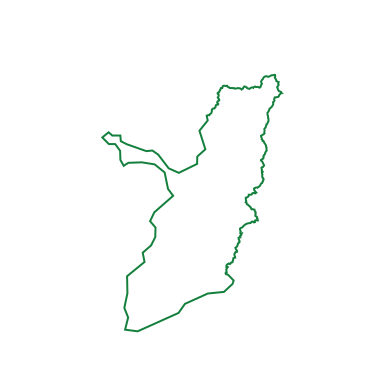 Chatkal, Jalal-Abad, Kyrgyzstan (Equal Earth projection), rotated 142°
{"feature_id": "92254566B64502136331534", "entity_name": "Chatkal", "entity_type": "district", "adm_level": 2, "iso_a3": "KGZ", "parent_name": "Kyrgyzstan", "parent_adm1": "Jalal-Abad", "projection": "equal_earth", "projection_center": [70.686, 41.73], "detail": "fine", "context": "isolated", "style": "outline", "palette": "green", "viewbox_px": 384, "rotation_deg": 142, "n_neighbors": 0, "source": "geoboundaries", "source_scale": "gbopen_adm2", "svg_char_len": 5995}
<svg xmlns="http://www.w3.org/2000/svg" viewBox="0 0 384 384"><g transform="rotate(142 192 192)"><path d="M243.0,194.8L242.6,186.5L248.7,179.1L257.1,175.1L268.2,174.5L272.5,166.1L295.0,165.6L305.3,151.9L316.7,142.3L319.6,132.4L329.5,124.7L320.6,115.7L277.1,105.0L266.4,108.2L242.1,102.3L228.3,93.6L216.6,94.6L213.7,96.6L214.5,104.4L214.9,105.4L215.1,105.7L215.8,106.2L215.7,107.1L215.0,107.7L214.0,107.5L213.7,108.3L212.9,109.3L212.6,110.0L211.9,110.1L211.2,110.5L210.0,110.8L210.3,111.4L211.0,111.8L210.4,112.6L209.7,113.1L208.6,113.3L207.6,113.0L207.0,113.0L206.8,112.5L206.4,111.8L205.3,112.0L205.1,112.2L204.6,112.2L203.9,112.1L203.4,111.7L203.2,111.8L202.8,112.3L201.8,112.7L201.6,113.1L200.1,114.4L199.5,114.2L198.4,113.7L197.8,114.8L197.6,115.7L197.0,116.7L196.7,117.1L195.4,117.4L195.2,117.5L195.1,117.8L194.8,117.8L194.3,117.8L193.4,117.2L192.8,117.8L192.6,118.2L192.7,119.5L192.2,121.3L190.0,121.3L189.5,121.8L188.7,122.0L188.4,122.3L187.9,122.9L187.6,123.1L185.9,123.1L185.9,123.6L184.8,123.9L184.6,124.7L184.3,125.1L184.4,125.8L183.8,126.7L183.5,127.3L182.6,127.1L181.8,126.5L181.6,126.8L181.3,127.2L181.2,127.7L179.8,127.8L178.5,128.6L178.9,128.7L179.3,129.0L179.5,129.5L179.1,130.1L177.8,131.0L177.9,131.6L177.4,132.3L177.2,132.9L176.7,133.6L175.4,133.6L174.5,133.2L173.6,133.2L171.8,133.6L169.0,133.5L168.6,133.3L167.2,132.9L166.6,132.5L164.9,131.5L164.3,131.8L162.8,131.7L162.3,131.1L162.2,130.3L161.8,129.8L161.0,129.5L160.6,130.4L160.2,130.6L159.6,130.7L159.2,130.5L158.4,129.7L157.6,129.1L157.4,129.7L157.0,130.2L157.0,131.3L156.2,131.9L156.3,132.4L156.3,133.1L156.6,133.4L156.8,133.9L156.7,134.4L154.9,136.0L155.0,136.5L154.2,137.1L154.3,137.8L154.2,138.5L153.9,139.2L153.6,139.6L154.0,140.1L154.4,140.5L154.7,141.1L155.7,141.7L155.7,142.4L155.3,143.2L155.4,143.7L155.2,144.1L155.2,144.6L155.5,145.1L155.5,146.1L155.8,146.7L155.7,147.5L155.8,147.8L156.2,148.2L156.2,149.1L155.7,149.7L156.0,150.9L155.0,151.2L154.8,151.4L154.6,152.4L153.6,153.7L153.1,154.4L152.5,154.1L152.3,154.1L151.8,153.8L150.3,153.8L150.1,153.8L149.0,154.9L147.6,153.8L146.5,153.3L145.6,153.8L145.1,153.8L144.7,153.5L144.0,153.4L143.2,152.4L143.1,152.0L141.7,151.9L141.8,152.7L141.8,154.3L141.7,155.4L141.4,156.1L141.2,156.3L141.0,156.5L140.4,156.5L139.4,156.2L138.9,156.2L137.9,155.5L137.7,155.0L136.3,155.1L135.2,155.0L134.3,155.1L133.6,155.6L132.3,156.1L131.7,156.1L131.3,155.9L130.7,156.4L130.0,156.4L129.7,156.6L129.3,157.3L128.7,157.5L128.0,157.6L127.4,158.7L127.4,159.0L127.7,159.4L127.6,160.1L127.3,160.4L127.0,161.2L126.4,161.9L125.7,162.4L125.5,163.5L125.2,163.9L124.8,164.2L124.0,164.3L124.3,165.1L123.7,165.5L123.7,166.0L123.5,166.4L123.1,166.7L122.6,168.0L122.4,168.3L121.2,168.4L120.5,168.0L119.8,168.3L118.9,168.5L118.7,168.9L118.3,171.0L118.1,171.4L118.0,172.7L117.9,173.2L117.9,173.6L118.3,174.4L117.9,174.8L117.5,174.8L115.2,174.5L114.9,174.6L113.8,176.2L113.1,176.2L112.9,176.5L112.5,176.8L111.6,176.8L111.0,177.2L110.3,177.5L110.0,178.0L108.9,178.4L108.2,178.7L107.7,178.6L106.7,180.2L105.8,181.3L105.9,181.8L105.8,182.1L105.4,182.6L105.1,183.3L104.9,183.7L104.8,184.9L104.9,185.8L104.4,187.2L104.3,187.8L104.4,188.3L104.9,188.6L104.4,189.3L104.6,190.6L104.1,191.0L103.6,192.5L103.3,193.5L103.1,193.8L101.4,193.7L100.0,193.3L98.6,193.7L98.4,194.4L97.2,195.5L96.1,197.2L95.4,197.4L94.1,197.6L93.3,198.3L91.9,199.1L91.7,199.5L90.9,199.4L90.3,199.6L89.9,199.8L89.2,200.3L88.2,200.7L87.7,201.3L86.6,202.7L86.6,203.2L85.3,205.1L85.1,206.0L84.5,207.0L83.9,207.9L82.7,208.2L81.4,208.7L80.5,209.2L80.1,209.7L78.4,210.0L77.2,209.9L76.2,210.2L74.2,211.0L73.7,211.5L72.8,212.9L72.3,212.8L70.8,213.2L70.4,213.9L70.2,214.5L68.6,215.6L68.4,215.6L68.2,215.4L67.5,214.8L66.1,214.3L65.8,214.0L65.3,213.8L64.3,214.2L63.7,214.7L62.1,214.9L61.0,215.0L60.4,214.7L60.6,215.8L60.3,216.2L61.4,218.0L61.3,218.8L61.2,219.8L60.6,221.1L60.5,222.0L60.3,222.2L59.5,222.4L58.7,222.8L58.2,222.9L57.8,223.1L57.6,223.3L57.5,224.0L57.3,224.4L56.2,225.1L56.0,225.3L56.7,226.3L57.2,227.7L56.7,228.3L56.3,231.2L55.6,231.5L55.2,231.9L54.5,233.2L54.6,233.3L54.9,233.1L55.1,233.2L55.4,233.4L55.5,233.7L55.7,233.9L57.0,234.7L58.2,235.2L59.6,235.3L59.9,235.4L60.3,235.7L60.7,235.7L61.3,236.1L61.6,236.6L61.9,237.3L63.3,238.1L65.0,238.2L66.8,237.3L68.1,237.2L69.0,236.8L69.6,236.4L69.9,235.9L70.1,235.4L70.2,234.3L70.3,234.2L72.0,233.6L72.7,233.0L73.7,232.5L74.3,232.5L74.8,233.0L74.7,233.3L75.5,234.4L76.9,235.2L77.3,235.9L77.3,236.2L77.6,236.4L79.1,236.6L79.5,236.4L79.6,237.0L81.0,237.8L83.3,237.9L83.5,238.4L84.1,239.0L84.6,239.9L84.7,240.4L84.5,240.8L85.4,242.6L85.8,243.0L87.6,242.6L88.1,242.1L88.8,242.3L89.8,242.2L89.8,242.7L90.3,244.1L90.6,244.5L91.1,244.7L91.5,245.3L92.0,245.8L92.6,245.9L94.4,246.9L94.8,247.6L94.9,248.1L95.7,248.4L96.4,249.4L96.9,249.6L98.2,250.7L98.3,251.0L98.3,251.5L98.8,252.1L99.1,252.8L98.9,254.1L99.0,254.2L99.6,254.3L101.0,255.7L101.7,256.3L102.8,256.4L103.4,255.8L104.2,255.3L105.0,256.0L105.5,256.1L106.1,255.5L107.0,255.0L107.4,255.0L107.8,254.7L108.3,254.6L108.7,254.2L109.3,254.2L109.6,253.9L109.9,254.1L110.8,254.2L111.1,254.0L111.3,253.3L111.2,252.6L111.2,252.1L111.4,251.8L112.4,251.0L113.5,250.7L113.6,250.4L113.4,250.2L113.4,249.6L113.6,248.9L113.8,248.6L113.7,248.4L113.7,248.0L113.9,247.6L114.5,247.4L114.9,247.5L115.0,247.6L116.3,247.6L117.0,247.1L117.1,246.9L117.0,245.4L117.2,245.1L117.5,244.9L118.2,245.1L118.5,245.4L118.9,245.6L119.6,245.7L120.2,245.4L121.3,244.3L122.4,244.3L122.9,244.0L123.8,244.6L124.0,244.8L124.5,244.8L125.5,244.7L126.2,244.1L126.3,243.7L127.6,242.7L128.2,242.3L128.4,242.2L129.9,242.3L130.6,242.0L131.2,241.9L131.7,242.6L132.6,242.8L133.4,243.1L135.6,238.7L148.4,235.7L155.2,217.4L166.0,216.7L170.7,211.0L190.6,215.2L195.8,225.0L195.6,242.2L197.7,249.1L202.8,252.3L214.0,269.8L216.8,275.9L213.7,280.6L220.0,285.5L221.0,290.4L229.1,290.2L228.0,281.0L223.0,277.0L223.3,268.7L228.7,261.3L229.7,254.7L224.2,254.2L213.2,246.2L204.4,236.7L201.5,224.3L209.0,209.2L209.2,200.6L234.2,199.2L243.0,194.8Z" fill="none" stroke="#15803d" stroke-width="2"/></g></svg>